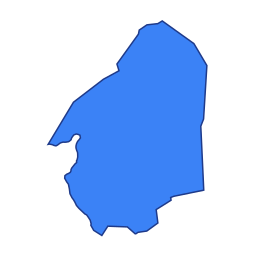 Watauga, North Carolina, United States of America (Robinson projection), rotated 273°
{"feature_id": "52423323B71278285569772", "entity_name": "Watauga", "entity_type": "district", "adm_level": 2, "iso_a3": "USA", "parent_name": "United States of America", "parent_adm1": "North Carolina", "projection": "robinson", "projection_center": [-81.756, 36.251], "detail": "fine", "context": "isolated", "style": "filled", "palette": "blue", "viewbox_px": 256, "rotation_deg": 273, "n_neighbors": 0, "source": "geoboundaries", "source_scale": "gbopen_adm2", "svg_char_len": 1211}
<svg xmlns="http://www.w3.org/2000/svg" viewBox="0 0 256 256"><g transform="rotate(273 128 128)"><path d="M226.4,134.1L222.3,133.5L191.3,113.6L184.7,116.0L175.4,100.9L150.9,72.2L107.5,49.1L107.8,50.4L107.4,53.3L106.7,55.1L106.4,57.0L107.2,58.4L109.6,61.3L110.5,63.9L110.5,65.8L110.7,67.1L111.2,69.3L111.8,70.2L113.2,71.7L115.3,72.3L118.2,74.2L119.3,76.6L119.0,78.5L118.3,80.4L115.6,81.0L113.8,79.8L112.0,78.4L109.6,77.4L107.3,77.0L105.4,77.1L103.3,77.8L100.9,78.9L99.4,79.1L96.3,79.3L94.6,79.0L93.3,78.7L92.5,78.3L90.8,78.5L89.4,77.0L85.2,74.0L83.6,73.3L82.3,73.3L80.7,72.7L79.5,71.0L78.7,69.3L77.1,67.5L74.5,67.4L71.0,69.6L68.8,71.4L64.3,72.6L59.3,73.5L55.5,75.7L53.4,77.4L50.9,79.0L47.9,80.6L45.2,83.2L39.9,89.4L39.1,91.2L37.5,92.5L33.9,95.1L30.4,96.2L28.9,96.0L24.0,99.1L19.3,107.5L28.9,113.0L29.2,132.5L22.7,140.7L22.8,141.0L22.9,141.6L23.4,142.3L23.7,142.6L24.3,143.4L24.4,143.8L26.1,152.2L34.7,162.8L48.0,160.4L58.1,174.7L58.4,174.5L58.9,174.6L59.3,174.7L59.5,174.6L59.9,174.4L60.7,174.2L60.8,174.2L62.2,177.3L69.9,206.9L133.6,200.6L140.9,203.0L141.5,203.0L194.5,203.5L215.7,189.4L236.7,156.6L233.7,152.2L233.7,151.8L232.0,141.5L226.4,134.1Z" fill="#3b82f6" stroke="#1e3a8a" stroke-width="1.5"/></g></svg>